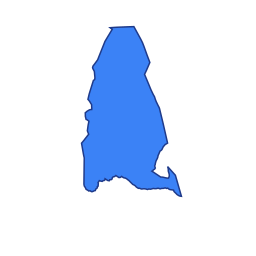 São Gabriel, Bahia, Brazil (Equal Earth projection), rotated 138°
{"feature_id": "56859067B65546405252248", "entity_name": "São Gabriel", "entity_type": "district", "adm_level": 2, "iso_a3": "BRA", "parent_name": "Brazil", "parent_adm1": "Bahia", "projection": "equal_earth", "projection_center": [-41.646, -11.04], "detail": "fine", "context": "isolated", "style": "filled", "palette": "blue", "viewbox_px": 256, "rotation_deg": 138, "n_neighbors": 0, "source": "geoboundaries", "source_scale": "gbopen_adm2", "svg_char_len": 2715}
<svg xmlns="http://www.w3.org/2000/svg" viewBox="0 0 256 256"><g transform="rotate(138 128 128)"><path d="M55.8,199.4L59.0,202.1L67.4,209.1L70.1,211.3L74.2,214.5L74.0,213.3L73.7,211.9L87.1,207.8L102.3,200.3L104.9,199.0L110.1,197.9L112.4,197.5L113.8,196.7L114.4,195.6L114.8,193.8L115.1,192.7L115.7,191.8L117.3,189.7L118.1,188.6L119.1,187.3L120.4,186.3L121.9,186.5L133.0,179.9L134.3,179.1L138.6,176.1L138.6,174.9L138.7,173.5L139.0,172.1L139.2,171.0L139.4,169.8L140.1,168.9L140.9,168.0L141.7,166.9L142.6,166.0L143.4,166.7L144.3,167.2L145.0,167.4L146.0,167.6L147.0,167.8L147.9,167.9L148.7,167.8L149.6,167.9L150.4,166.9L151.9,165.2L153.4,162.4L152.9,161.5L152.5,159.2L155.6,156.9L160.1,153.1L161.4,149.7L167.1,148.7L168.5,148.4L172.7,147.8L178.8,138.1L179.4,137.1L180.5,135.1L198.3,115.8L199.3,114.2L199.5,112.8L199.8,111.5L200.2,110.4L199.6,108.9L199.3,107.4L198.2,106.8L197.8,105.2L197.0,104.5L195.8,104.1L194.9,103.9L194.2,103.4L192.7,104.2L191.6,104.0L190.7,104.2L190.0,105.0L189.1,104.8L188.2,105.7L187.3,106.5L186.7,107.6L185.6,107.7L184.5,108.1L183.7,106.6L182.9,105.6L181.7,105.5L180.8,104.9L179.8,104.9L179.0,105.6L178.7,104.5L178.4,103.2L178.0,102.2L177.1,101.3L176.2,101.8L175.5,101.3L174.8,100.7L173.9,100.8L172.9,101.6L171.6,101.6L170.7,101.0L169.7,100.8L168.8,100.8L168.4,99.1L167.9,97.2L166.7,96.4L165.1,96.3L164.8,94.8L164.3,93.5L163.5,92.6L163.0,91.2L162.8,89.8L162.5,88.5L162.4,86.4L162.3,84.5L162.2,82.9L161.7,81.7L161.3,80.3L161.3,78.5L160.7,76.3L159.6,75.3L159.2,74.3L158.6,73.4L157.6,72.8L156.6,72.0L155.6,70.8L154.6,69.2L153.4,68.8L152.3,67.5L151.2,66.9L150.3,66.5L149.4,65.9L148.7,65.0L147.7,64.1L146.5,63.5L145.5,62.6L144.9,61.3L144.0,60.9L143.2,60.4L142.2,59.5L140.4,58.6L139.8,57.3L138.7,56.7L138.4,54.8L137.6,53.6L136.7,52.6L135.7,51.3L136.3,50.0L136.2,48.5L136.1,47.1L136.1,45.9L135.8,44.7L135.5,43.7L135.0,42.7L134.0,41.5L124.4,61.2L124.4,72.8L125.0,71.5L125.7,70.4L126.5,69.5L127.2,68.5L127.7,67.3L128.3,66.1L129.1,65.1L129.8,64.4L130.6,64.1L131.4,63.7L132.3,64.4L132.9,65.2L133.6,66.1L134.2,67.0L134.9,68.0L135.8,69.0L136.5,69.6L139.1,79.9L138.2,79.7L137.0,79.9L135.8,79.6L134.5,80.0L134.0,81.1L133.5,82.0L132.3,82.6L131.2,83.5L130.4,84.0L129.5,84.6L128.1,85.2L126.7,85.7L125.4,86.4L124.1,87.4L122.9,87.9L122.0,88.3L119.7,89.4L118.3,89.2L117.1,89.3L116.3,89.7L115.0,90.2L114.0,90.6L112.7,90.6L111.4,90.9L110.0,90.5L108.7,90.3L100.2,105.5L99.3,107.1L91.5,121.5L91.1,122.6L90.8,123.8L90.4,125.3L89.9,126.9L89.5,128.4L88.8,130.3L88.3,131.5L87.8,132.6L87.3,133.7L87.1,134.9L86.7,136.5L85.4,140.9L84.6,143.2L83.8,145.4L79.8,156.8L75.7,158.5L67.9,162.1L65.1,169.3L61.5,178.1L60.1,181.8L59.2,185.1L58.8,186.7L58.4,188.4L55.8,199.4Z" fill="#3b82f6" stroke="#1e3a8a" stroke-width="1.5"/></g></svg>